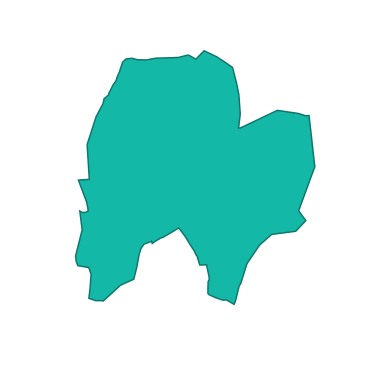 the district of Gwandu, Kebbi, Nigeria, rotated 21°
{"feature_id": "59680162B64610537243626", "entity_name": "Gwandu", "entity_type": "district", "adm_level": 2, "iso_a3": "NGA", "parent_name": "Nigeria", "parent_adm1": "Kebbi", "projection": "natural_earth1", "projection_center": [4.613, 12.485], "detail": "fine", "context": "isolated", "style": "filled", "palette": "teal", "viewbox_px": 384, "rotation_deg": 21, "n_neighbors": 0, "source": "geoboundaries", "source_scale": "gbopen_adm2", "svg_char_len": 1598}
<svg xmlns="http://www.w3.org/2000/svg" viewBox="0 0 384 384"><g transform="rotate(21 192 192)"><path d="M94.1,250.0L103.0,266.7L106.3,293.6L108.6,298.1L111.8,301.7L122.7,299.5L127.3,305.0L131.5,319.0L133.8,328.2L140.9,328.0L146.0,326.0L148.2,325.6L158.7,304.6L168.9,294.3L167.4,281.7L165.0,269.2L164.6,263.0L165.9,257.8L168.1,256.0L171.0,253.3L171.8,252.5L173.3,254.3L176.2,250.0L177.7,248.3L178.4,247.4L178.7,246.7L181.3,244.6L192.6,230.3L201.3,235.8L208.0,240.9L209.6,242.2L210.7,242.9L211.8,243.7L212.3,244.2L213.3,244.8L214.6,245.7L215.5,246.4L217.3,248.3L218.6,249.4L219.6,249.9L225.4,257.4L227.6,256.5L231.7,254.8L237.2,263.3L238.2,264.9L239.2,266.8L239.4,268.0L239.4,268.3L239.2,269.9L241.5,276.5L242.0,277.8L243.2,280.9L244.4,281.6L244.8,281.8L251.4,282.2L258.2,282.0L260.2,281.7L262.6,280.4L271.6,281.8L271.6,277.5L271.0,273.1L269.7,262.7L270.3,260.2L269.0,239.2L271.7,227.6L273.9,218.0L274.5,216.6L281.5,203.1L289.2,198.9L302.9,191.5L308.5,177.9L298.3,171.3L297.7,133.1L297.6,124.4L296.7,122.7L273.9,78.7L270.7,80.1L263.5,80.5L257.2,81.9L242.4,85.2L214.4,114.7L212.6,115.7L209.1,101.9L200.8,84.2L194.3,74.0L185.2,61.2L175.1,58.7L166.5,56.9L152.7,55.8L149.0,64.3L148.2,66.6L140.6,65.5L139.0,65.7L131.2,71.2L123.6,74.5L115.6,77.8L110.7,79.8L107.4,81.7L102.5,84.9L93.6,88.1L88.2,88.6L82.7,91.4L80.7,95.7L81.2,106.1L80.9,111.4L81.1,113.1L81.1,116.1L79.9,120.5L79.4,126.0L79.0,128.9L79.2,131.4L76.5,136.4L77.3,141.3L76.0,151.6L75.5,156.1L77.1,185.3L91.6,217.0L81.7,221.6L97.2,239.1L101.9,246.7L100.3,248.9L97.1,250.4L94.1,250.0Z" fill="#14b8a6" stroke="#0f766e" stroke-width="1.5"/></g></svg>